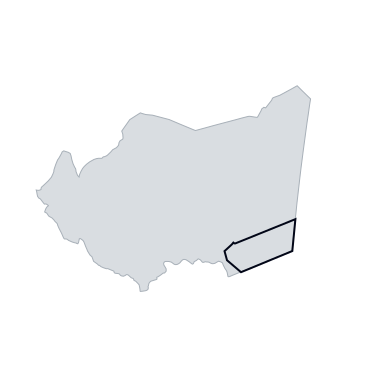 location of Am-Djarass, Ennedi, Chad, rotated 68°
{"feature_id": "50815135B96833037498211", "entity_name": "Am-Djarass", "entity_type": "district", "adm_level": 2, "iso_a3": "TCD", "parent_name": "Chad", "parent_adm1": "Ennedi", "projection": "orthographic", "projection_center": [22.869, 18.153], "detail": "fine", "context": "in_parent", "style": "outline", "palette": "ink", "viewbox_px": 384, "rotation_deg": 68, "n_neighbors": 0, "source": "geoboundaries", "source_scale": "gbopen_adm2", "svg_char_len": 3836}
<svg xmlns="http://www.w3.org/2000/svg" viewBox="0 0 384 384"><g transform="rotate(68 192 192)"><path d="M284.0,121.2L284.1,129.3L284.1,137.4L284.2,145.5L284.2,153.7L284.3,161.8L284.3,169.9L284.4,178.1L284.4,186.2L284.5,188.9L284.2,189.9L284.1,190.1L283.8,190.3L279.6,189.5L277.8,189.5L275.2,190.1L271.5,190.4L269.1,190.3L267.4,191.7L266.1,193.4L266.7,197.5L266.5,198.8L266.0,200.2L264.9,201.4L263.7,202.3L263.0,203.2L262.2,205.0L261.6,205.8L261.6,207.0L261.4,208.2L260.7,208.8L259.0,209.3L257.8,209.8L256.9,210.7L256.3,211.3L256.6,212.2L257.1,213.3L257.3,215.1L257.5,216.2L258.4,217.0L258.9,217.6L259.1,218.4L258.6,219.0L256.4,220.3L255.5,220.8L254.6,221.5L254.2,221.7L252.6,222.9L251.8,224.0L251.4,224.9L251.4,226.2L252.2,228.1L253.1,229.7L253.4,230.9L253.6,232.2L253.5,233.5L253.1,234.6L252.3,235.6L249.3,237.4L247.8,239.4L246.7,241.9L246.4,243.2L246.7,244.1L247.3,244.9L248.2,245.3L249.5,245.4L251.6,245.0L253.6,244.8L255.7,245.6L256.8,247.7L256.4,249.2L257.2,252.0L257.9,255.3L257.8,256.4L258.2,256.8L259.5,257.0L259.8,257.8L259.3,263.6L259.9,265.2L260.8,266.4L261.8,267.0L262.9,267.8L263.4,268.3L264.6,268.4L265.9,269.5L266.2,270.9L266.1,272.3L265.4,275.2L264.8,277.2L264.0,277.1L262.4,276.6L260.5,276.2L258.2,275.8L256.0,276.6L253.6,277.6L252.8,278.4L252.2,278.9L251.1,278.8L250.1,278.9L249.6,279.6L248.7,280.5L245.3,282.1L244.5,282.8L244.1,283.4L244.1,284.0L244.4,285.4L244.4,287.1L243.6,288.5L242.7,289.4L241.7,289.8L240.9,290.0L240.3,290.5L238.5,293.7L237.7,294.3L236.1,294.1L231.5,298.8L231.0,300.2L229.4,302.1L227.2,304.3L225.3,305.3L225.2,305.7L224.7,306.2L223.5,306.6L219.4,309.2L214.6,309.0L212.5,310.1L210.4,310.5L207.3,311.0L206.4,310.9L202.5,311.0L197.9,310.9L196.2,311.2L194.5,312.2L193.3,313.0L193.1,313.3L193.3,313.7L193.2,314.0L196.4,316.2L197.2,317.3L196.4,318.3L196.0,318.5L195.9,318.5L195.4,319.4L193.5,321.8L190.6,324.6L189.2,325.4L188.6,325.9L187.8,327.8L187.3,328.1L185.3,328.3L181.4,328.4L176.0,328.9L172.8,329.0L170.8,328.8L168.0,330.0L167.0,330.3L166.4,330.4L163.5,331.6L161.2,333.5L160.4,333.9L157.1,334.6L155.8,335.9L155.2,336.0L153.1,334.2L151.7,332.5L151.0,330.8L151.0,330.3L150.6,330.3L149.4,331.0L148.4,331.8L147.9,333.4L144.5,334.4L141.6,335.2L140.3,336.3L138.3,336.8L135.7,336.4L133.7,335.9L131.8,335.7L132.7,334.3L133.1,333.2L133.2,331.9L133.1,331.0L131.9,330.5L131.2,329.8L129.6,325.5L127.9,321.2L125.6,316.8L123.0,314.0L121.1,312.3L120.5,312.1L119.5,311.5L118.9,311.0L115.4,308.0L111.9,304.6L111.0,303.1L109.2,300.8L107.3,298.5L106.2,297.4L105.8,295.5L107.2,293.9L108.8,291.9L110.6,290.5L113.0,290.6L116.9,291.3L121.2,291.7L125.4,291.5L126.5,291.2L127.5,291.3L129.8,291.9L133.7,291.9L135.8,291.1L133.6,289.6L131.3,287.2L129.2,284.6L127.9,282.2L126.7,279.2L125.7,275.5L125.1,270.7L125.3,268.0L125.7,266.1L127.0,263.0L126.2,261.2L126.5,259.7L126.4,257.5L126.1,256.4L124.6,252.7L124.4,252.2L123.1,249.7L122.6,245.4L121.2,242.6L118.8,241.1L117.5,239.4L117.1,236.5L116.1,235.7L112.4,234.5L109.2,234.3L107.0,231.0L104.2,226.6L101.6,222.6L100.1,214.7L99.3,210.2L100.5,208.9L102.9,205.8L106.0,199.8L112.8,190.7L116.3,186.0L123.2,179.1L131.6,170.6L136.3,165.8L137.4,156.7L138.5,147.1L139.4,139.9L140.5,131.3L141.4,124.1L142.0,118.8L143.0,111.4L143.5,110.0L146.9,104.3L147.2,103.5L146.6,102.5L142.4,97.4L141.1,96.2L140.4,93.6L141.6,92.2L136.7,83.7L135.5,82.6L135.0,81.6L135.0,80.1L135.2,74.3L134.2,65.3L132.9,54.7L139.2,52.0L144.0,49.9L150.1,47.2L155.4,50.4L163.2,54.9L171.0,59.5L178.9,64.0L186.8,68.5L194.7,73.0L202.7,77.5L210.7,82.0L218.7,86.4L226.8,90.8L234.9,95.2L243.0,99.6L251.2,103.9L259.3,108.3L267.5,112.6L275.8,116.9L284.0,121.2Z" fill="#d9dde1" stroke="#a8b0b8" stroke-width="1"/><path d="M284.7,176.6L284.7,175.8L284.3,121.1L255.9,106.3L255.9,171.1L255.5,172.0L254.4,172.6L254.5,172.8L255.5,174.6L259.0,184.0L268.4,185.1L284.7,176.6Z" fill="none" stroke="#020617" stroke-width="2"/></g></svg>